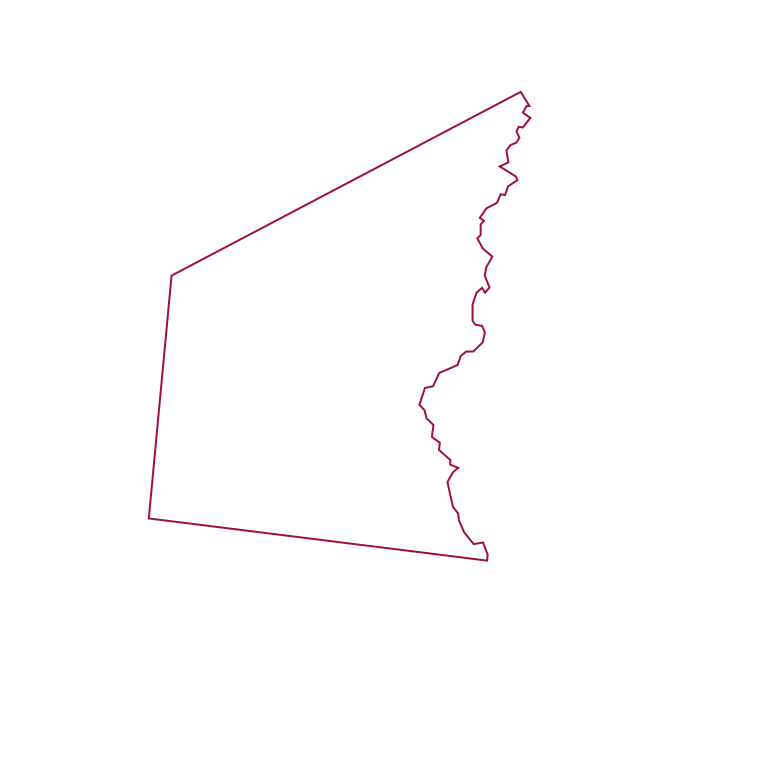 the district of Reeves, Texas, United States of America, rotated 58°
{"feature_id": "52423323B15445354954685", "entity_name": "Reeves", "entity_type": "district", "adm_level": 2, "iso_a3": "USA", "parent_name": "United States of America", "parent_adm1": "Texas", "projection": "mercator", "projection_center": [-103.627, 31.383], "detail": "fine", "context": "isolated", "style": "outline", "palette": "rose", "viewbox_px": 768, "rotation_deg": 58, "n_neighbors": 0, "source": "geoboundaries", "source_scale": "gbopen_adm2", "svg_char_len": 1053}
<svg xmlns="http://www.w3.org/2000/svg" viewBox="0 0 768 768"><g transform="rotate(58 384 384)"><path d="M373.4,654.7L588.4,390.2L583.6,386.5L570.9,384.0L567.3,392.8L552.4,394.6L539.2,392.7L533.2,389.7L524.7,390.6L500.8,382.2L495.3,372.1L494.5,365.5L487.4,370.6L483.8,368.0L469.0,372.3L463.5,367.8L454.2,371.4L445.0,363.8L435.7,366.1L427.5,363.5L420.4,365.0L409.0,351.3L411.9,343.7L403.9,331.2L406.9,311.5L401.0,304.2L400.0,297.3L403.7,291.1L401.0,278.1L393.7,271.1L386.8,270.0L381.9,275.2L377.2,275.3L363.7,266.9L355.6,257.3L354.4,249.9L360.0,249.9L358.1,243.4L345.5,241.1L339.3,235.6L333.4,224.6L321.3,228.4L310.0,227.6L308.8,223.0L299.9,217.5L298.6,212.7L293.9,214.7L289.3,204.1L290.2,192.0L284.9,184.6L287.9,181.2L282.1,174.0L281.8,162.8L278.0,162.2L260.8,170.6L262.0,161.1L250.8,156.4L248.4,150.0L249.5,143.9L247.0,138.7L240.1,137.8L237.2,133.4L240.0,130.4L235.9,118.9L227.5,122.5L223.9,115.9L225.3,113.3L208.7,113.3L188.9,380.2L180.4,494.4L180.3,498.0L179.9,500.2L179.6,506.8L373.4,654.7Z" fill="none" stroke="#9f1239" stroke-width="2"/></g></svg>